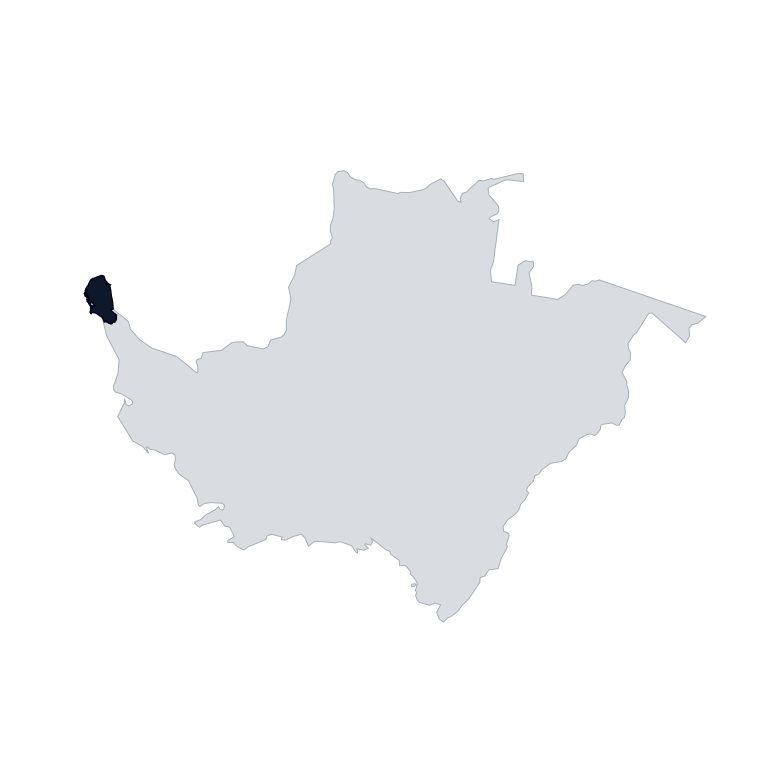 Uribia, La Guajira, Colombia shown in context, rotated 278°
{"feature_id": "7082276B96062501211498", "entity_name": "Uribia", "entity_type": "district", "adm_level": 2, "iso_a3": "COL", "parent_name": "Colombia", "parent_adm1": "La Guajira", "projection": "orthographic", "projection_center": [-71.822, 11.991], "detail": "fine", "context": "in_parent", "style": "filled", "palette": "ink", "viewbox_px": 768, "rotation_deg": 278, "n_neighbors": 0, "source": "geoboundaries", "source_scale": "gbopen_adm2", "svg_char_len": 8631}
<svg xmlns="http://www.w3.org/2000/svg" viewBox="0 0 768 768"><g transform="rotate(278 384 384)"><path d="M444.6,97.2L436.6,100.5L421.1,104.5L410.4,122.1L403.1,125.2L394.1,135.6L387.4,148.6L382.3,174.9L368.9,197.1L370.0,198.1L375.3,197.2L380.3,194.7L382.1,195.5L383.9,199.4L390.0,200.4L394.8,218.5L404.0,227.7L405.0,231.3L406.2,238.8L402.9,243.3L401.9,259.8L404.8,263.9L411.7,265.6L416.3,275.9L419.2,278.3L423.5,279.9L433.6,278.3L451.9,280.0L456.2,279.7L466.5,276.0L479.6,280.4L489.2,281.0L515.5,311.8L518.1,310.9L521.4,312.7L528.1,309.5L533.7,308.9L541.2,310.4L551.1,310.3L570.9,306.8L573.9,305.0L584.7,306.6L588.0,308.9L589.6,314.6L588.3,318.2L584.6,321.9L582.5,326.5L582.2,332.1L580.2,336.3L576.8,339.1L575.4,343.0L576.2,348.1L574.5,371.5L576.0,373.4L577.2,382.9L581.8,395.3L584.1,398.8L587.9,401.6L595.0,411.7L593.4,415.2L575.5,431.4L574.6,435.1L578.1,433.6L583.6,435.0L585.5,438.8L598.9,449.7L598.8,453.9L602.6,462.2L601.9,464.1L611.2,487.6L611.5,492.6L603.8,494.1L603.5,478.2L602.4,475.0L593.7,461.0L591.8,459.9L586.0,461.6L576.4,472.2L571.8,473.8L568.2,472.4L564.5,466.3L562.2,465.2L559.8,470.4L562.8,475.0L520.0,475.4L511.6,473.6L500.2,476.1L500.0,500.0L520.3,500.2L525.9,507.0L525.4,512.6L526.3,514.6L521.4,515.8L514.3,512.1L501.7,516.7L492.5,517.8L491.9,544.2L497.4,550.7L508.2,557.6L509.8,562.4L509.1,566.9L511.6,572.6L515.2,575.5L515.2,578.9L517.0,582.7L495.6,693.3L488.1,686.6L485.4,680.6L481.6,678.1L474.5,680.0L466.8,677.0L491.7,639.5L490.8,636.2L470.1,627.1L468.0,624.8L458.1,619.9L452.7,621.4L449.6,623.8L442.1,624.6L436.0,620.6L428.7,618.0L420.0,624.3L417.4,624.3L411.2,627.0L404.6,628.0L396.0,625.2L389.0,627.1L384.1,626.7L382.3,624.7L376.1,622.5L375.4,619.9L377.2,615.3L374.5,606.1L373.5,604.6L368.8,604.4L363.3,601.1L362.2,599.1L363.3,595.4L362.3,592.2L357.0,584.8L349.5,582.8L342.3,576.6L335.1,574.5L331.8,570.1L328.7,560.1L321.2,552.3L316.0,549.7L314.3,546.0L308.9,545.5L301.7,540.4L298.4,540.0L296.2,542.4L289.5,539.8L283.7,536.0L277.7,534.9L273.9,532.6L266.8,525.4L259.2,521.8L254.8,523.0L253.4,528.2L250.9,529.1L242.1,527.6L240.6,528.7L238.3,528.5L227.7,524.3L217.1,522.7L214.5,513.7L207.7,510.4L205.7,506.1L201.0,506.5L183.0,497.9L175.6,492.1L169.2,488.8L162.6,482.3L161.5,479.8L156.5,475.9L159.0,471.3L165.1,467.9L173.2,470.8L174.2,465.3L171.3,460.3L172.7,449.3L174.9,446.8L179.3,444.7L182.0,445.6L183.8,443.8L190.3,444.8L192.3,444.1L197.4,439.7L199.5,436.2L201.8,436.6L207.2,430.7L206.3,424.7L211.4,423.5L216.7,413.7L219.0,413.5L220.2,408.9L229.5,392.7L226.2,394.6L222.6,393.4L223.2,387.9L222.1,387.2L219.1,391.4L216.5,387.0L217.2,380.1L213.1,381.3L213.3,379.7L219.3,374.5L221.9,362.5L220.0,358.1L218.9,340.0L217.9,336.5L213.0,331.9L220.8,326.9L223.7,323.1L220.2,315.0L215.6,308.1L215.5,304.0L218.3,304.5L219.5,293.3L217.0,288.9L213.7,288.8L203.7,271.9L200.1,268.4L202.9,260.5L206.1,257.0L205.5,251.0L207.5,251.3L211.9,256.9L213.7,256.1L220.7,251.0L221.0,246.1L226.6,241.1L219.0,224.0L216.4,221.2L219.6,215.8L221.4,216.1L224.4,221.6L229.2,225.2L236.3,234.8L239.4,237.0L237.1,239.1L236.6,241.3L237.6,242.6L241.7,243.0L243.4,240.3L242.4,228.8L240.8,223.0L237.1,218.8L238.3,217.1L245.7,214.4L261.1,203.7L266.4,193.4L270.5,189.7L275.0,187.3L280.5,188.0L284.8,186.7L286.2,183.4L283.4,176.2L286.8,166.4L286.7,161.4L288.9,158.4L288.1,157.3L282.6,160.7L288.4,153.8L292.5,143.3L314.8,124.8L329.1,129.5L333.7,129.2L327.7,131.5L326.8,134.2L328.8,137.1L331.0,137.9L332.9,136.1L337.8,125.2L338.6,119.2L340.7,117.1L343.8,116.4L357.8,119.1L371.2,118.3L393.0,102.7L409.5,96.1L413.5,89.7L414.6,84.9L417.6,83.0L420.7,83.0L422.5,80.4L430.0,76.2L438.1,75.8L446.6,79.4L450.6,85.8L451.2,90.2L444.6,97.2ZM190.6,442.8L189.6,443.6L187.6,442.1L187.0,440.2L188.2,438.9L189.7,439.4L190.6,442.8Z" fill="#d9dde1" stroke="#a8b0b8" stroke-width="1"/><path d="M420.3,105.8L420.6,105.3L422.1,105.0L425.4,104.2L426.8,104.0L433.9,101.5L438.6,100.3L442.4,99.0L442.1,98.9L442.0,98.4L442.4,98.3L442.7,98.3L443.0,98.5L442.9,98.3L443.0,98.2L442.9,98.0L443.0,98.0L443.3,98.1L443.6,98.1L443.9,97.9L443.6,97.9L443.8,97.6L444.1,97.6L444.0,97.8L444.4,98.2L444.5,97.3L444.7,97.1L444.9,96.5L445.2,96.2L445.3,95.5L445.6,95.2L445.3,95.1L444.7,95.6L444.3,95.7L444.1,95.5L444.3,95.4L444.2,95.3L444.3,95.2L444.3,94.9L444.8,95.2L445.1,95.0L445.1,94.9L444.8,94.9L444.7,94.7L444.9,94.6L445.2,94.9L445.2,95.0L445.5,95.0L445.7,95.3L445.9,95.5L446.5,95.2L446.5,94.9L447.0,94.4L447.6,93.8L447.9,93.8L448.3,93.3L449.3,92.7L449.7,92.7L449.9,92.4L450.2,92.4L450.3,92.2L450.5,92.2L451.0,92.0L451.3,91.9L451.8,91.0L451.9,90.7L452.0,90.7L452.1,90.1L452.0,89.4L452.1,88.8L452.0,88.5L450.6,86.4L449.9,85.0L449.3,84.0L448.9,83.3L448.2,82.2L448.0,81.7L448.0,81.2L447.9,80.7L447.7,80.6L447.2,80.1L446.8,80.0L446.8,79.7L446.4,79.4L445.2,78.7L444.8,78.6L444.8,78.8L444.4,78.9L443.3,78.1L443.2,78.2L442.2,77.8L441.7,77.7L441.0,77.7L440.6,77.5L440.4,77.7L440.2,77.7L439.7,77.2L439.4,76.7L439.1,76.6L438.7,76.3L437.5,75.9L437.0,75.6L436.8,75.6L436.3,75.4L436.0,75.5L435.8,75.7L435.2,75.3L435.1,75.6L434.2,75.5L433.9,75.6L433.6,75.4L433.4,75.5L432.5,74.9L431.7,74.7L431.1,75.0L430.8,75.3L429.9,75.6L429.5,76.0L429.2,76.5L429.3,76.6L430.1,76.3L430.3,76.1L430.5,75.7L430.9,75.6L431.1,75.4L431.2,75.6L430.6,76.1L430.6,76.3L431.2,76.1L431.6,75.8L431.5,76.0L431.8,76.0L432.1,75.7L432.3,75.7L432.5,75.8L432.2,75.9L432.1,76.0L432.5,76.1L432.0,76.2L432.0,76.3L431.9,76.3L431.7,76.5L431.4,76.7L431.4,76.8L431.7,76.9L431.8,76.7L432.1,76.8L431.9,76.6L432.2,76.6L432.9,76.5L433.0,76.4L433.2,76.5L432.8,76.9L432.7,76.8L432.8,76.7L432.6,76.8L432.6,76.7L432.4,76.7L432.4,76.9L432.1,77.1L431.9,77.1L431.5,77.4L430.7,77.3L431.0,77.4L430.6,77.7L430.9,77.8L431.1,78.0L430.9,78.3L430.6,78.4L430.8,78.2L430.5,77.8L430.3,77.9L430.2,78.0L430.4,77.9L430.2,78.1L429.9,77.8L429.8,78.1L429.6,77.5L430.1,77.2L430.0,76.9L429.9,76.6L430.0,76.7L429.9,76.5L429.6,76.6L429.5,77.0L429.3,77.2L428.7,77.6L428.3,77.7L428.3,77.8L428.5,77.7L428.9,77.8L429.2,78.0L429.2,78.5L429.0,79.0L428.3,79.6L427.9,79.6L427.4,79.6L427.1,79.7L426.9,80.1L427.0,80.2L426.9,80.4L426.8,80.5L426.3,80.4L425.9,80.1L425.6,79.7L425.5,79.2L426.0,78.7L426.4,78.5L426.7,78.2L426.1,78.0L426.0,78.4L425.6,78.6L425.4,78.8L425.1,78.8L424.8,78.6L423.7,79.7L423.3,80.0L422.2,80.8L421.7,81.4L421.2,81.7L421.3,81.8L421.4,82.0L421.6,82.0L421.6,81.8L421.8,81.6L422.0,81.7L422.6,81.6L422.8,81.8L422.8,81.7L422.7,81.6L423.0,81.6L423.3,81.6L423.6,81.7L423.7,82.0L423.6,82.3L423.6,82.5L423.8,82.7L424.0,82.5L424.3,82.7L424.4,82.9L424.1,82.8L424.2,83.0L424.2,83.4L424.4,83.4L424.3,83.5L424.7,83.8L424.7,84.1L424.7,84.3L424.5,84.2L424.4,84.3L424.6,84.6L424.4,84.8L424.2,84.8L424.0,84.7L423.8,84.8L423.7,84.7L423.8,84.6L423.7,84.6L423.7,84.8L423.4,84.6L423.2,84.9L422.9,84.9L422.7,85.2L422.3,85.1L422.5,85.2L422.4,85.4L422.6,85.7L422.5,85.8L422.3,85.8L422.3,86.0L422.2,86.0L422.3,86.2L422.1,86.3L421.9,86.3L421.9,86.1L421.6,86.0L421.8,86.1L421.7,86.3L421.8,86.2L421.7,86.2L421.5,86.3L421.4,86.2L421.5,86.1L420.9,86.4L420.9,86.2L421.0,86.0L420.9,85.9L421.1,85.8L421.0,85.7L420.9,85.7L421.1,85.5L421.0,85.2L420.8,85.4L421.0,85.5L420.9,85.5L420.8,85.8L420.7,85.9L420.7,86.1L420.8,86.0L420.7,86.1L420.8,86.5L420.6,86.1L420.5,86.3L420.4,86.3L420.1,86.4L420.3,85.5L420.2,85.3L420.2,85.2L419.9,85.0L419.5,85.0L419.7,84.8L419.7,84.7L419.8,84.5L419.7,84.5L419.9,84.6L420.0,84.5L420.0,84.1L420.3,83.9L420.7,83.7L420.8,83.5L420.9,83.4L421.0,83.1L421.1,82.9L421.2,82.7L421.1,82.4L421.1,82.6L421.0,82.3L420.8,82.4L420.6,82.4L419.2,82.9L418.4,82.9L417.6,83.1L416.7,83.2L416.5,83.3L416.5,83.2L415.9,83.2L414.8,83.0L414.3,83.0L413.8,83.3L413.7,83.4L413.5,83.5L413.0,83.8L412.9,84.2L413.2,84.3L413.9,84.2L414.1,84.5L414.3,85.4L414.3,85.9L414.4,86.1L414.3,86.4L414.4,86.8L414.4,87.5L414.5,87.9L414.4,88.3L413.9,89.3L413.7,90.2L413.0,91.4L412.8,92.1L412.2,92.8L411.7,94.6L411.3,95.2L410.5,96.0L411.0,96.0L411.3,95.7L411.2,96.1L410.8,96.3L410.6,96.6L410.3,96.5L410.5,96.0L410.4,96.1L409.4,96.7L408.8,97.3L407.9,97.6L407.6,97.9L407.1,98.0L406.9,98.3L406.5,98.4L406.7,99.0L406.9,99.0L407.0,99.6L407.2,99.9L407.2,100.1L407.4,100.5L407.2,100.8L406.8,101.0L406.9,101.4L406.8,101.7L406.6,102.0L406.6,102.3L406.3,102.3L406.2,102.7L406.0,102.9L405.9,103.3L406.0,103.8L406.2,104.1L406.2,104.4L405.8,104.4L405.7,104.5L405.8,104.7L405.6,104.9L405.7,105.7L405.9,106.1L406.2,106.4L406.6,106.4L407.0,106.6L407.5,107.0L407.8,107.4L407.8,108.7L408.1,108.7L408.7,108.8L409.7,109.7L411.0,109.7L411.0,109.9L411.3,109.9L411.7,109.7L412.0,109.8L412.9,109.6L413.5,109.6L413.7,109.4L414.0,109.4L414.3,109.6L415.0,109.5L418.1,104.4L418.8,103.5L419.8,103.5L420.0,104.1L420.4,104.3L420.3,104.9L420.4,105.1L420.3,105.4L420.4,105.6L420.3,105.8Z" fill="#0f172a" stroke="#020617" stroke-width="1.5"/></g></svg>